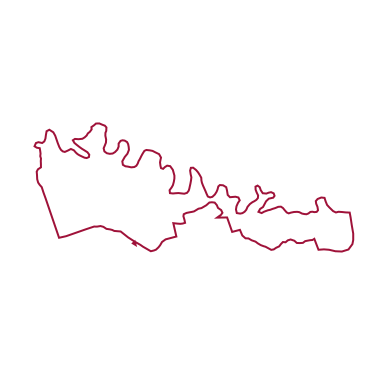 outline of Roque Gonzales, Rio Grande do Sul, Brazil, rotated 161°
{"feature_id": "56859067B27252303388192", "entity_name": "Roque Gonzales", "entity_type": "district", "adm_level": 2, "iso_a3": "BRA", "parent_name": "Brazil", "parent_adm1": "Rio Grande do Sul", "projection": "orthographic", "projection_center": [-55.124, -28.057], "detail": "fine", "context": "isolated", "style": "outline", "palette": "rose", "viewbox_px": 384, "rotation_deg": 161, "n_neighbors": 0, "source": "geoboundaries", "source_scale": "gbopen_adm2", "svg_char_len": 4209}
<svg xmlns="http://www.w3.org/2000/svg" viewBox="0 0 384 384"><g transform="rotate(161 192 192)"><path d="M266.0,286.1L266.5,283.9L268.9,282.2L271.4,281.3L273.2,279.7L275.7,278.6L278.3,278.0L282.2,278.9L285.4,280.3L287.8,279.7L287.2,276.7L285.7,274.2L283.7,271.1L282.0,268.7L280.2,266.5L277.9,263.6L277.0,260.7L278.1,258.6L280.5,258.4L282.4,259.4L284.5,261.4L286.6,263.5L287.9,265.1L289.0,267.1L290.1,269.9L292.5,272.1L295.8,271.6L299.2,271.3L301.0,272.5L302.2,274.6L302.8,277.6L303.0,281.8L303.0,289.8L303.7,293.6L306.6,297.3L309.7,296.8L311.5,293.6L313.2,290.2L315.2,287.9L317.7,287.1L321.0,289.1L323.6,289.1L326.0,286.5L324.3,284.4L321.7,283.0L322.2,280.0L322.7,277.6L323.8,275.3L323.9,272.8L324.9,270.5L325.7,267.8L326.8,264.5L330.3,263.6L332.2,261.8L333.0,258.6L334.2,254.5L334.4,251.0L333.7,248.4L332.5,245.5L332.6,240.0L332.5,233.6L332.6,192.0L325.4,191.2L304.4,191.3L295.8,191.2L293.1,190.2L289.6,189.6L287.1,187.9L284.9,185.0L281.8,183.4L279.8,182.1L278.2,180.5L272.3,177.9L267.2,169.9L262.3,163.7L258.0,158.8L256.2,156.3L250.2,149.4L247.1,149.1L244.8,149.2L241.7,150.6L239.5,152.0L236.6,154.5L232.4,155.8L221.3,155.0L219.8,168.6L216.2,166.9L213.4,165.7L211.1,165.2L208.6,165.1L208.2,168.1L208.0,171.9L207.0,173.7L204.0,174.0L200.9,173.6L198.4,173.2L196.4,173.0L191.3,174.1L188.3,173.7L182.8,174.8L179.0,176.4L176.5,175.8L174.0,174.6L172.8,171.5L172.6,168.5L170.3,165.4L170.0,162.4L172.1,160.9L174.3,160.3L176.6,159.6L167.1,156.5L167.0,141.2L159.0,140.6L158.8,137.6L158.6,134.5L156.5,130.8L153.7,129.7L151.3,126.9L148.1,124.4L146.5,122.0L144.3,119.4L142.0,117.5L140.3,116.3L135.9,111.5L133.4,111.1L130.5,111.9L127.3,112.2L124.9,113.8L122.3,115.1L119.9,114.0L117.2,115.1L114.2,115.0L111.1,112.6L109.5,109.7L106.7,108.6L103.7,107.8L101.0,108.7L98.2,108.3L96.1,108.0L93.7,107.4L91.6,107.9L91.2,96.2L85.9,94.8L81.1,92.7L75.7,89.3L69.6,86.9L62.8,86.7L57.3,90.5L55.2,94.1L53.1,100.2L51.7,108.8L50.3,116.4L49.6,121.2L53.4,122.7L56.6,124.2L59.9,125.6L62.6,125.8L64.8,128.0L66.2,130.8L67.2,132.8L68.5,135.8L68.7,139.6L68.6,143.3L71.6,144.7L75.5,144.5L77.9,143.1L78.4,140.5L78.2,137.1L78.8,133.7L80.6,132.6L82.8,133.1L84.7,134.2L86.6,134.6L88.9,133.8L91.0,133.7L93.0,134.6L95.0,135.8L97.1,138.0L99.0,139.0L102.1,139.9L105.3,140.3L107.5,140.3L109.1,141.8L110.3,144.7L111.2,147.2L112.7,149.2L115.3,149.9L118.6,149.7L121.4,149.8L123.7,149.7L126.2,150.0L130.3,149.9L133.0,149.4L135.6,151.6L133.1,153.8L129.7,154.7L125.0,159.1L121.5,160.7L119.0,160.4L117.0,160.2L115.2,161.5L115.2,164.1L117.3,166.1L119.8,166.4L122.2,166.3L125.5,167.8L126.4,171.3L126.4,174.5L127.9,176.7L130.2,176.4L131.1,173.5L131.0,170.4L130.6,167.2L131.7,164.8L133.7,163.6L136.1,163.0L138.2,162.7L141.1,161.8L144.3,159.9L146.5,157.5L148.7,156.2L151.2,155.6L153.5,155.9L156.5,157.5L156.1,161.2L154.6,164.0L152.1,166.7L149.6,168.6L149.9,171.7L152.5,173.4L154.9,174.0L157.8,174.7L159.2,177.6L158.4,182.1L158.1,185.4L160.4,188.2L163.4,189.5L165.3,188.7L167.1,186.0L168.7,184.2L171.2,182.2L174.3,180.8L176.7,181.0L178.5,182.6L178.8,185.5L179.0,188.9L179.5,194.5L179.6,197.6L179.3,200.0L178.6,202.5L179.2,205.8L179.9,208.7L181.0,211.5L183.0,214.6L185.2,215.2L186.8,212.9L187.5,209.2L187.8,206.1L189.2,203.2L190.9,200.2L192.2,198.1L193.4,196.1L194.7,194.3L197.0,192.8L199.9,192.9L202.2,194.0L205.1,195.4L208.0,196.2L210.5,196.8L213.2,198.1L212.6,201.0L209.7,203.0L207.8,204.7L205.9,207.5L204.3,210.4L203.3,213.2L203.1,215.9L202.9,219.2L204.2,223.5L206.9,225.0L209.5,224.4L211.8,223.3L213.5,224.7L213.3,227.0L212.6,230.4L211.3,232.7L210.1,234.6L210.8,238.5L213.9,241.6L215.9,243.7L218.3,245.1L221.5,246.6L223.6,246.4L226.1,244.4L228.1,242.6L230.5,240.2L232.5,238.5L234.0,236.6L236.1,234.9L238.4,234.4L241.4,235.1L244.4,236.9L246.6,238.0L248.5,240.2L247.9,243.7L246.2,245.2L244.2,247.0L240.6,249.2L237.9,252.4L237.2,255.2L236.8,258.0L237.1,260.3L238.9,262.5L240.8,263.5L242.9,263.6L245.6,261.7L246.6,258.8L248.7,256.4L251.8,254.8L254.5,254.2L257.4,254.9L259.9,256.4L261.6,258.9L261.3,262.1L258.9,264.8L257.3,266.7L256.1,269.6L255.6,273.4L254.6,276.1L253.2,277.7L251.9,280.9L252.8,283.1L254.9,284.8L257.3,287.0L260.5,288.0L262.9,287.0L266.0,286.1ZM262.3,163.7L264.6,162.7L262.6,160.3L262.3,163.7Z" fill="none" stroke="#9f1239" stroke-width="2"/></g></svg>